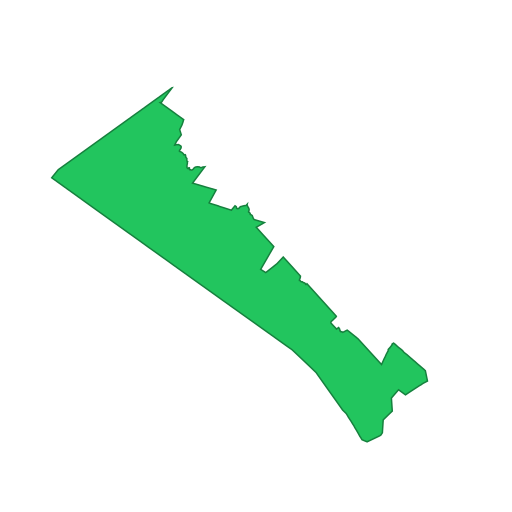 San Miguel Chimalapa, Oaxaca, Mexico (Robinson projection), rotated 215°
{"feature_id": "50627088B25043712446087", "entity_name": "San Miguel Chimalapa", "entity_type": "district", "adm_level": 2, "iso_a3": "MEX", "parent_name": "Mexico", "parent_adm1": "Oaxaca", "projection": "robinson", "projection_center": [-94.468, 16.624], "detail": "fine", "context": "isolated", "style": "filled", "palette": "green", "viewbox_px": 512, "rotation_deg": 215, "n_neighbors": 0, "source": "geoboundaries", "source_scale": "gbopen_adm2", "svg_char_len": 5135}
<svg xmlns="http://www.w3.org/2000/svg" viewBox="0 0 512 512"><g transform="rotate(215 256 256)"><path d="M467.5,213.3L468.1,204.8L468.2,202.9L412.4,202.2L375.0,201.8L362.8,201.7L348.0,201.5L323.6,201.3L318.2,201.2L257.6,200.6L246.7,200.5L220.3,200.3L179.6,199.9L172.6,199.9L149.6,196.5L139.9,195.0L136.1,193.6L120.2,187.9L102.8,181.7L96.7,179.5L91.8,178.7L89.4,177.7L87.8,176.9L83.7,175.3L80.3,173.8L78.5,173.1L76.6,172.1L74.5,171.2L72.3,170.2L70.2,169.2L68.8,168.5L67.4,167.8L66.3,167.4L64.7,166.7L63.8,166.3L61.0,166.9L58.4,167.5L51.6,179.5L51.0,180.9L51.1,183.7L57.8,194.7L56.1,203.8L55.4,207.1L63.6,217.3L62.5,228.2L53.9,228.0L52.3,232.2L51.7,233.7L48.4,241.9L47.6,243.9L47.0,245.0L46.7,245.9L46.1,247.5L43.8,251.9L51.5,259.2L52.7,259.3L52.9,259.4L56.9,259.8L58.7,260.0L61.3,260.2L63.0,260.4L65.2,260.7L66.6,260.8L67.7,260.9L69.4,261.1L70.7,261.2L70.9,261.2L76.0,261.8L76.7,261.8L79.4,261.9L81.8,262.6L83.9,262.8L86.9,262.9L88.4,263.1L89.3,263.2L89.7,263.3L91.4,263.5L91.4,263.4L92.5,263.5L93.3,263.6L93.4,263.3L93.5,263.2L93.7,262.8L93.8,262.3L93.7,262.0L93.9,262.0L93.7,261.2L93.7,260.9L93.6,260.7L93.6,260.4L93.7,259.1L93.7,257.7L93.8,257.7L94.1,255.3L93.5,254.4L93.5,254.2L93.2,253.6L93.3,253.2L92.9,250.0L92.7,249.0L92.5,248.1L92.4,247.8L92.3,246.7L92.2,246.3L92.2,245.9L90.9,239.1L94.6,239.9L125.0,246.7L134.9,247.4L138.8,247.6L141.1,243.2L141.7,243.2L142.0,243.3L142.3,243.2L142.6,242.8L143.1,242.6L143.9,243.0L144.4,242.8L144.6,243.0L144.9,243.5L145.7,244.2L145.9,244.2L146.4,244.3L146.5,244.5L147.3,244.8L148.2,242.3L149.6,242.7L153.1,243.4L156.2,244.1L156.6,244.5L156.8,245.3L156.7,246.1L156.4,247.1L155.5,252.0L155.6,252.7L158.1,253.3L166.0,255.1L198.3,262.5L198.3,262.3L198.4,262.1L198.4,261.9L198.5,261.6L198.6,261.3L198.7,261.2L198.9,261.2L199.0,261.2L199.2,261.3L199.3,261.4L199.4,261.5L199.6,261.6L199.8,261.6L200.2,261.8L200.3,261.8L200.6,261.8L200.9,261.8L201.1,261.7L201.4,261.6L201.6,261.4L201.8,261.4L202.1,261.4L202.3,261.4L202.5,261.4L202.9,261.5L203.2,261.5L203.5,261.2L203.8,261.1L204.1,260.9L204.3,260.9L204.5,260.8L204.8,260.9L205.0,260.9L205.4,261.0L205.7,261.1L205.8,261.2L206.4,260.9L206.6,261.3L206.7,261.5L206.8,261.7L207.0,261.9L207.0,262.3L207.1,262.6L207.1,263.0L207.3,263.4L207.4,263.9L207.7,264.2L207.9,264.5L208.0,264.8L208.0,265.0L217.7,267.3L233.1,270.8L234.4,261.7L238.5,248.0L244.5,247.7L245.9,263.4L246.8,273.9L263.7,277.7L272.3,279.7L268.3,288.2L278.4,284.8L278.8,284.9L279.4,285.1L279.8,285.4L280.2,285.5L280.9,286.0L281.3,286.3L282.0,286.8L282.5,287.0L282.8,287.0L283.1,287.0L283.4,287.0L283.6,286.9L283.9,286.9L284.1,286.8L284.5,286.8L284.9,287.0L285.0,287.4L285.3,287.5L285.5,287.6L285.9,287.8L286.0,287.8L286.4,287.9L286.6,287.9L286.9,287.8L287.0,287.7L287.3,287.7L287.5,288.0L287.7,288.7L287.8,289.1L288.0,289.7L288.1,289.9L288.4,290.2L288.7,290.4L288.9,290.7L289.2,290.8L289.5,291.1L290.1,291.3L290.4,291.4L290.6,291.5L290.9,291.7L291.2,291.9L291.5,292.0L291.8,292.2L292.0,292.2L292.3,292.3L292.4,292.5L292.6,292.7L292.9,293.4L293.0,292.7L293.0,292.3L293.0,292.0L293.3,291.5L293.7,291.2L294.2,290.8L294.5,290.4L294.7,290.2L295.0,289.9L295.3,289.6L295.5,289.3L295.8,289.0L296.1,288.6L296.3,288.3L297.0,287.6L297.1,287.2L297.3,286.7L297.3,286.0L297.3,285.4L297.5,285.1L297.9,284.5L298.0,284.3L298.2,284.2L298.3,284.2L298.5,284.2L298.8,284.1L299.1,284.0L299.2,283.9L299.4,284.0L299.5,284.2L299.6,284.3L299.8,284.5L300.0,284.7L300.2,284.9L300.4,285.0L300.6,285.1L300.8,285.1L301.0,285.1L301.3,285.1L301.5,285.1L302.0,285.1L302.4,280.3L302.4,279.4L309.9,277.1L314.2,275.7L315.7,275.4L323.7,272.8L324.9,272.6L326.5,287.2L336.4,283.8L349.8,279.3L349.1,299.7L349.3,299.5L349.4,299.3L349.7,299.1L350.2,298.8L350.4,298.6L350.7,298.3L351.0,297.8L351.2,297.5L351.5,297.0L351.8,296.8L352.2,296.6L352.9,296.5L353.4,296.5L354.2,296.1L354.6,295.8L355.1,295.6L355.7,295.0L356.3,294.5L356.8,293.7L357.0,293.4L357.1,292.9L357.3,292.1L357.2,291.3L357.4,290.7L357.5,290.4L357.7,289.9L358.1,289.4L358.4,289.2L358.6,289.1L359.0,289.2L359.4,289.1L359.8,288.8L360.0,288.6L360.5,288.9L360.6,289.1L360.7,289.4L360.8,289.6L361.1,290.0L361.3,290.0L361.6,289.7L361.8,289.4L361.8,289.0L361.9,288.8L362.2,288.7L362.3,288.5L363.2,288.8L363.9,289.8L364.4,290.4L365.0,291.7L365.3,292.4L365.5,292.8L366.0,293.3L366.1,294.1L366.7,294.1L367.0,294.2L367.5,294.7L367.8,295.0L368.1,295.5L368.3,295.9L368.5,296.2L369.6,296.5L370.3,296.6L370.6,297.1L370.7,297.4L371.1,297.7L371.5,298.1L371.9,298.4L372.2,298.4L372.4,298.2L372.5,298.0L372.7,297.8L372.8,297.6L373.2,297.5L373.8,297.9L374.8,298.2L375.9,298.3L376.8,298.3L377.9,298.0L378.3,297.9L378.8,297.9L379.0,298.0L379.1,298.5L379.2,298.9L379.2,300.0L379.4,301.7L379.8,302.2L380.1,302.7L380.3,302.9L381.2,303.0L382.2,302.9L382.4,302.9L382.9,302.9L383.5,302.8L383.9,302.3L384.5,302.0L384.7,301.9L386.2,300.2L386.4,301.2L386.8,304.0L386.7,312.4L390.7,315.5L391.0,315.7L391.0,315.8L391.1,316.0L391.3,317.4L391.8,320.8L392.6,323.7L393.3,325.6L393.4,326.2L399.6,326.3L401.9,326.3L404.3,326.4L418.2,326.6L422.5,326.7L421.6,327.7L421.6,329.5L421.7,330.7L421.5,336.9L421.2,345.7L421.3,345.6L425.0,335.0L467.5,213.3Z" fill="#22c55e" stroke="#15803d" stroke-width="1.5"/></g></svg>